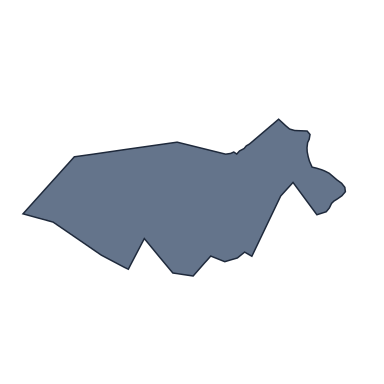 the district of Bodó, Rio Grande do Norte, Brazil, rotated 36°
{"feature_id": "56859067B28283523222069", "entity_name": "Bodó", "entity_type": "district", "adm_level": 2, "iso_a3": "BRA", "parent_name": "Brazil", "parent_adm1": "Rio Grande do Norte", "projection": "mercator", "projection_center": [-36.402, -5.954], "detail": "fine", "context": "isolated", "style": "filled", "palette": "slate", "viewbox_px": 384, "rotation_deg": 36, "n_neighbors": 0, "source": "geoboundaries", "source_scale": "gbopen_adm2", "svg_char_len": 926}
<svg xmlns="http://www.w3.org/2000/svg" viewBox="0 0 384 384"><g transform="rotate(36 192 192)"><path d="M312.5,124.2L311.6,119.2L312.2,115.8L313.6,112.4L315.5,106.9L315.9,101.6L312.9,98.4L307.9,97.0L302.0,97.0L292.0,96.2L287.0,97.0L283.8,97.8L278.8,99.5L274.5,101.3L269.0,98.1L265.2,95.1L261.6,91.8L259.1,88.7L256.5,84.1L255.8,80.4L253.7,76.1L249.3,75.0L238.9,81.9L233.9,83.7L228.6,83.3L219.3,82.2L210.3,119.4L208.8,122.8L208.6,126.2L206.3,130.9L205.9,135.0L202.3,135.1L200.6,138.1L197.0,141.6L150.7,160.4L113.4,196.5L89.5,219.8L76.1,232.7L68.1,309.0L80.6,304.3L97.3,298.0L128.3,297.1L148.4,296.6L155.7,296.4L181.5,292.7L185.9,291.9L185.1,286.9L180.8,257.7L203.9,263.7L224.1,268.8L242.3,259.3L243.9,241.7L244.3,238.4L244.8,232.8L259.5,229.1L263.2,224.2L267.5,218.7L269.9,209.7L278.2,208.8L266.1,143.1L268.1,124.9L306.4,137.0L310.0,132.1L312.2,129.1L312.5,124.2Z" fill="#64748b" stroke="#1e293b" stroke-width="1.5"/></g></svg>